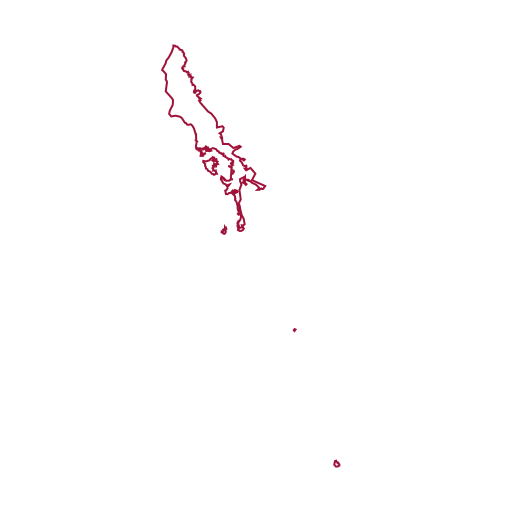 outline of Cartagena De Indias, Bolívar, Colombia, rotated 308°
{"feature_id": "7082276B69747109400917", "entity_name": "Cartagena De Indias", "entity_type": "district", "adm_level": 2, "iso_a3": "COL", "parent_name": "Colombia", "parent_adm1": "Bolívar", "projection": "robinson", "projection_center": [-75.517, 10.041], "detail": "fine", "context": "isolated", "style": "outline", "palette": "rose", "viewbox_px": 512, "rotation_deg": 308, "n_neighbors": 0, "source": "geoboundaries", "source_scale": "gbopen_adm2", "svg_char_len": 6094}
<svg xmlns="http://www.w3.org/2000/svg" viewBox="0 0 512 512"><g transform="rotate(308 256 256)"><path d="M358.5,87.5L357.9,86.7L357.9,85.7L357.4,85.3L358.4,82.4L358.8,82.7L358.9,82.1L360.1,81.7L361.4,82.9L361.8,82.1L364.3,81.8L364.9,80.9L365.8,81.3L367.3,81.0L368.7,78.9L369.4,76.0L370.4,75.0L370.9,75.1L371.6,74.0L371.6,72.4L372.1,72.4L372.7,71.2L371.6,68.7L372.1,68.2L372.5,64.8L371.7,63.9L371.9,62.9L371.0,61.3L369.6,62.4L364.3,64.1L358.6,65.0L354.6,65.0L352.4,66.1L345.0,67.4L344.7,67.6L344.7,69.4L343.9,73.2L339.4,76.3L338.9,77.9L338.1,78.9L330.2,83.5L328.5,92.9L327.7,94.7L323.9,97.3L317.2,98.7L314.5,100.1L313.8,103.3L317.0,106.2L318.9,110.2L319.1,112.4L317.2,118.0L317.7,118.9L317.1,120.6L317.6,121.8L319.6,123.5L319.5,125.6L318.3,128.6L314.8,133.6L315.0,133.8L310.3,137.7L310.1,138.4L309.9,138.1L309.7,138.9L305.6,141.0L303.8,142.9L303.7,144.0L304.5,146.1L304.3,147.8L303.0,149.5L300.8,150.7L301.1,151.1L300.6,151.4L301.1,151.3L302.5,152.7L303.3,152.0L306.2,153.2L303.6,151.0L305.2,147.3L305.9,146.9L305.1,146.5L305.6,146.4L304.4,144.9L305.1,143.9L305.3,144.9L306.4,145.4L306.2,146.3L308.1,148.0L307.5,148.7L309.1,148.9L309.0,149.4L309.6,148.9L309.4,149.4L309.7,149.0L311.5,149.0L311.5,151.4L311.1,151.4L310.8,150.4L309.9,151.1L311.4,151.6L311.0,151.9L311.3,152.2L311.4,152.7L310.3,151.6L309.1,152.7L308.3,152.0L308.1,152.2L309.3,153.4L309.9,154.8L311.5,155.9L311.7,155.4L311.2,155.5L310.7,154.7L310.7,153.5L311.4,152.7L310.9,154.6L313.2,154.8L313.4,154.4L313.3,154.9L314.4,155.5L315.4,158.0L315.6,159.1L314.9,161.0L315.5,162.0L314.7,163.6L315.1,164.2L315.2,163.7L315.6,165.3L315.2,165.9L316.7,167.2L316.6,167.7L315.4,167.8L314.8,168.8L315.2,170.0L315.7,170.2L315.2,170.6L315.6,173.8L315.2,174.9L316.0,174.9L316.6,176.7L317.3,176.2L316.7,177.4L316.9,179.5L316.0,180.1L315.5,179.8L315.3,180.3L314.6,179.6L313.9,180.9L313.7,179.7L315.0,179.3L313.3,179.4L313.3,180.9L312.3,181.5L311.2,181.0L311.0,181.5L309.9,178.6L310.5,182.4L306.3,185.2L308.7,184.0L309.5,185.8L308.8,186.7L307.4,186.9L306.2,186.8L305.7,185.7L303.2,187.2L301.7,188.7L301.9,190.6L301.2,189.5L301.5,188.9L300.6,188.7L301.1,188.3L300.0,188.9L299.0,188.6L296.8,185.9L297.0,185.2L296.4,184.5L296.9,183.9L296.8,183.3L297.4,183.8L297.5,183.4L297.5,181.1L296.7,181.2L297.5,180.6L297.4,179.8L294.9,180.9L293.1,185.7L293.8,187.8L293.3,189.3L296.1,191.1L294.4,191.2L294.1,190.6L293.2,190.5L291.8,191.9L289.5,192.1L288.6,191.5L286.3,194.2L287.3,195.6L289.1,196.0L290.6,197.7L290.7,197.3L292.6,197.3L292.4,197.7L293.0,197.4L293.7,198.0L293.6,198.3L295.0,198.7L295.7,200.8L295.5,201.6L294.7,201.9L293.8,201.4L295.1,200.8L294.7,200.3L293.0,199.7L292.0,200.3L292.1,199.4L290.8,198.3L290.2,202.7L288.2,204.3L288.7,204.2L288.4,204.6L287.3,204.9L286.7,207.3L283.9,210.8L284.3,211.4L284.1,212.1L284.0,211.3L281.9,212.5L279.6,215.8L278.0,215.8L277.9,217.0L279.2,217.5L279.2,218.4L278.1,219.8L275.2,221.2L273.2,221.4L272.6,221.0L271.6,221.7L271.0,221.2L271.3,220.9L270.7,221.0L269.5,222.2L269.9,222.8L269.3,223.8L269.0,223.6L268.5,224.4L268.6,226.1L267.0,225.7L267.4,225.1L268.0,225.3L267.6,223.9L267.0,225.0L265.4,225.7L265.7,227.8L266.7,228.9L268.6,229.7L270.1,229.5L270.9,227.5L269.8,227.4L269.8,227.0L271.0,226.8L271.5,226.0L271.9,226.7L270.8,227.0L271.0,227.4L271.9,227.0L274.1,227.5L278.0,223.0L279.4,219.5L281.9,216.4L281.4,214.6L282.3,212.7L283.1,214.2L282.2,215.9L285.7,212.0L286.7,210.1L291.2,209.1L297.8,202.3L303.2,200.6L305.4,197.1L306.8,196.1L311.1,198.1L311.1,198.5L311.8,198.5L310.9,199.2L310.1,198.9L309.3,199.6L308.2,199.4L308.0,200.2L307.0,200.2L306.6,200.8L305.7,200.5L306.2,202.1L305.8,204.2L306.8,204.3L307.0,202.0L308.1,201.2L310.1,201.2L310.5,203.1L311.0,202.5L311.4,203.0L311.2,207.7L312.2,212.0L311.7,216.7L312.4,217.0L309.0,216.4L310.3,217.9L312.4,218.6L312.6,219.8L313.3,220.3L316.8,220.2L313.3,206.1L320.5,204.8L322.0,197.4L317.5,195.5L317.8,193.8L317.9,193.5L318.7,194.7L319.4,194.5L319.7,193.7L321.0,193.1L321.2,192.7L319.9,191.9L319.5,190.1L321.0,187.2L321.3,184.6L322.8,184.1L323.8,185.8L323.9,187.7L325.1,187.8L325.2,187.3L324.8,186.0L324.3,186.0L323.4,184.3L323.2,181.0L322.3,179.5L322.2,174.3L324.4,173.7L327.2,174.3L329.0,175.5L332.6,176.7L332.7,175.2L327.2,171.7L327.4,165.5L323.9,161.0L326.9,157.5L327.7,155.4L328.3,156.4L328.7,155.8L330.3,153.5L330.3,151.8L333.8,153.2L337.2,151.6L337.6,149.7L333.2,146.1L337.5,142.7L339.4,138.9L340.7,133.0L340.3,129.3L342.5,117.8L343.4,115.5L344.7,116.3L345.6,113.1L345.7,113.9L345.9,114.2L345.8,111.3L346.3,110.4L348.7,111.5L350.8,111.5L351.2,111.0L351.5,110.3L351.0,109.8L351.1,108.7L350.4,108.0L348.6,107.2L346.6,108.1L347.1,107.6L346.7,107.0L346.9,106.1L348.5,105.4L350.0,105.5L352.2,103.6L352.5,101.5L351.7,100.7L352.5,100.1L353.4,97.6L355.0,96.9L355.4,96.2L357.6,96.2L356.8,95.0L357.5,94.3L356.3,93.1L357.0,92.7L356.9,92.0L357.3,92.0L357.0,91.8L357.2,91.2L357.7,91.6L357.6,91.1L358.8,90.3L358.6,89.7L359.2,89.1L358.3,88.6L358.5,87.5ZM298.5,155.9L297.6,156.4L297.1,159.5L295.6,160.4L295.3,161.6L294.1,162.7L294.4,164.4L293.6,165.8L294.3,168.2L293.6,170.5L294.3,172.2L294.1,172.9L296.2,173.8L296.7,174.5L297.1,173.8L296.5,173.7L298.5,171.7L297.8,171.4L297.7,170.4L296.9,169.6L298.4,168.6L298.5,167.6L299.8,167.6L300.6,166.5L301.3,167.3L301.2,168.3L301.7,168.0L302.3,168.9L301.9,166.8L302.7,166.3L303.1,167.6L303.3,167.2L303.8,168.0L303.4,168.7L304.2,168.3L305.0,169.3L305.6,167.6L306.6,167.6L306.4,166.9L307.8,165.3L305.9,164.6L305.6,163.9L306.1,163.5L305.8,163.3L305.1,163.5L304.8,164.6L306.2,165.6L304.5,164.7L304.8,163.8L304.5,163.5L304.5,163.2L304.8,163.5L306.1,162.5L307.2,163.5L307.6,162.3L307.9,163.3L307.8,162.4L307.1,161.4L304.6,160.4L302.7,160.4L299.6,158.2L298.5,155.9ZM143.8,447.8L143.4,445.6L143.9,445.1L143.0,444.5L139.7,446.2L139.3,448.7L140.6,450.1L142.3,450.7L143.2,449.9L143.0,448.0L143.8,447.8ZM256.5,213.9L256.1,215.0L254.6,214.5L254.4,214.9L254.2,213.9L253.5,214.3L253.8,217.3L254.7,217.7L256.4,217.4L257.2,216.2L258.9,215.7L258.5,215.8L259.0,215.1L259.3,215.6L259.9,214.7L259.3,214.4L259.5,213.9L258.4,214.7L256.5,213.9ZM222.1,331.4L220.7,331.6L220.6,332.5L222.4,332.4L222.1,331.4Z" fill="none" stroke="#9f1239" stroke-width="2"/></g></svg>